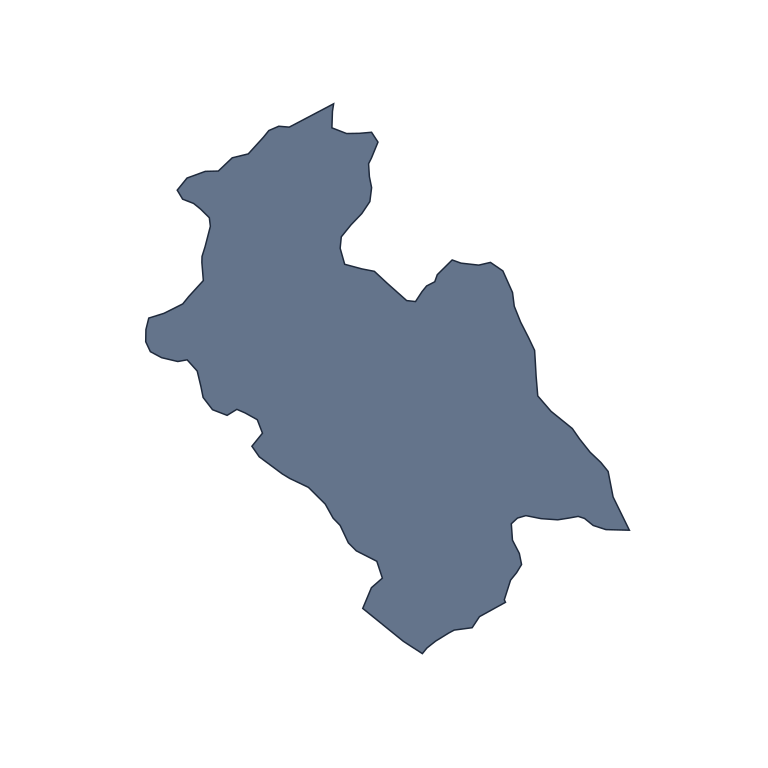 Yangpyeong-gun, Gyeonggi, South Korea (Robinson projection), rotated 39°
{"feature_id": "91817680B89058224266184", "entity_name": "Yangpyeong-gun", "entity_type": "district", "adm_level": 2, "iso_a3": "KOR", "parent_name": "South Korea", "parent_adm1": "Gyeonggi", "projection": "robinson", "projection_center": [127.569, 37.511], "detail": "fine", "context": "isolated", "style": "filled", "palette": "slate", "viewbox_px": 768, "rotation_deg": 39, "n_neighbors": 0, "source": "geoboundaries", "source_scale": "gbopen_adm2", "svg_char_len": 1706}
<svg xmlns="http://www.w3.org/2000/svg" viewBox="0 0 768 768"><g transform="rotate(39 384 384)"><path d="M358.9,244.7L356.6,265.5L359.1,272.6L355.4,281.0L355.4,288.2L356.6,300.1L349.1,304.9L323.0,303.7L305.6,302.5L294.3,308.5L278.1,315.7L264.5,306.1L258.2,296.5L258.2,281.0L259.5,265.5L258.2,251.1L250.8,239.2L242.1,232.0L233.4,222.5L232.1,216.5L227.1,199.8L215.9,196.2L207.2,204.6L197.3,212.9L182.3,217.7L172.4,204.6L168.5,197.9L148.7,244.0L140.0,249.9L135.0,259.5L135.0,267.9L133.7,290.6L123.7,303.7L121.2,322.8L111.3,331.2L101.3,347.9L101.3,363.5L104.1,364.5L111.2,367.1L122.4,363.5L131.2,363.5L143.6,364.7L149.8,370.7L158.5,389.8L162.3,399.4L166.0,404.2L178.5,417.3L177.2,438.9L177.2,448.4L168.5,467.6L159.7,480.8L164.7,491.5L172.2,501.1L182.1,505.9L188.3,504.7L194.6,503.5L209.6,496.3L215.8,489.1L230.7,491.5L243.2,501.1L251.9,508.3L266.9,511.9L281.8,507.1L285.6,496.3L294.3,493.9L308.0,491.5L320.5,498.7L320.5,515.5L332.9,519.1L361.6,517.9L370.3,516.7L390.3,511.9L413.9,514.3L428.9,520.3L438.9,521.5L456.3,529.9L467.5,531.1L490.0,526.3L504.9,535.9L502.4,550.2L508.7,571.8L561.0,571.8L568.7,571.0L583.5,569.4L583.5,562.2L585.9,551.4L590.9,537.1L593.4,531.1L605.9,517.9L604.6,504.7L615.8,477.2L613.3,476.0L605.8,456.8L605.8,447.2L604.5,437.7L595.8,430.5L582.1,424.5L570.9,412.5L572.1,404.2L577.1,397.0L590.8,389.8L604.5,380.2L612.0,371.9L618.2,364.7L624.4,362.3L635.6,362.3L648.1,357.5L666.7,343.2L633.1,327.6L613.2,310.9L601.9,308.5L587.0,307.3L570.8,303.7L558.4,300.1L531.0,300.1L511.0,296.5L497.3,282.2L488.6,272.6L479.9,263.1L467.4,257.1L451.2,249.9L436.3,241.6L426.3,232.0L405.2,221.3L390.2,222.5L382.8,232.0L367.8,241.6L358.9,244.7Z" fill="#64748b" stroke="#1e293b" stroke-width="1.5"/></g></svg>